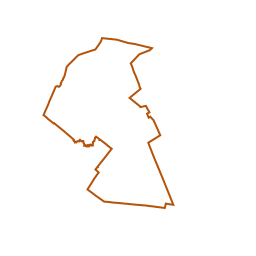 Maureni, Caras-Severin, Romania (Equal Earth projection), rotated 318°
{"feature_id": "2599482B93688021028520", "entity_name": "Maureni", "entity_type": "district", "adm_level": 2, "iso_a3": "ROU", "parent_name": "Romania", "parent_adm1": "Caras-Severin", "projection": "equal_earth", "projection_center": [21.478, 45.422], "detail": "fine", "context": "isolated", "style": "outline", "palette": "amber", "viewbox_px": 256, "rotation_deg": 318, "n_neighbors": 0, "source": "geoboundaries", "source_scale": "gbopen_adm2", "svg_char_len": 4262}
<svg xmlns="http://www.w3.org/2000/svg" viewBox="0 0 256 256"><g transform="rotate(318 128 128)"><path d="M185.1,65.1L178.8,54.9L168.8,43.8L167.8,44.5L165.6,45.6L161.3,46.7L156.3,47.8L155.5,47.5L154.1,46.8L143.0,41.9L139.8,40.6L135.2,40.8L129.8,41.1L126.7,41.2L123.4,41.5L118.0,45.3L114.3,47.6L114.2,47.6L113.8,47.5L113.3,47.6L112.9,47.8L112.3,48.3L112.0,48.5L111.7,48.6L111.3,48.7L110.9,48.7L110.6,48.7L110.3,48.8L109.5,49.2L109.4,49.3L109.1,49.4L108.8,49.5L108.2,49.7L108.0,49.8L107.9,49.9L107.8,50.0L107.6,50.0L107.5,50.3L107.3,50.7L106.8,50.9L106.1,51.1L105.2,51.3L104.8,51.3L104.5,51.3L104.3,51.2L104.2,51.1L104.1,50.8L103.7,50.0L103.7,49.8L103.2,49.6L103.0,49.4L102.6,49.1L102.3,49.0L102.1,49.1L101.7,49.0L101.1,49.2L100.7,49.4L100.4,49.6L95.7,51.8L94.6,52.2L93.4,52.9L90.4,54.2L89.8,54.5L88.9,54.9L87.6,55.4L87.0,55.8L86.6,56.0L84.7,57.0L83.2,57.7L82.5,58.0L80.3,59.0L79.9,59.2L79.2,59.4L75.2,61.3L73.8,61.9L73.9,62.3L74.1,63.3L74.3,64.3L74.3,64.6L74.6,66.1L74.6,66.3L74.5,66.5L74.5,66.8L74.6,67.5L75.8,74.9L76.3,74.9L78.4,88.4L79.4,96.2L79.5,97.1L79.7,98.6L79.9,100.6L79.7,100.8L79.6,100.7L79.4,100.6L79.1,100.9L79.1,101.0L79.0,101.3L79.0,101.5L79.2,101.9L79.3,102.1L79.3,102.3L79.3,102.5L79.2,102.7L79.1,102.8L79.0,103.0L79.3,103.0L79.5,103.0L79.6,103.3L79.6,103.5L79.8,103.6L80.0,103.5L80.3,103.5L80.4,103.8L80.3,104.0L80.5,104.0L80.7,103.9L80.9,103.9L81.0,103.9L81.5,104.0L81.9,104.3L82.1,104.6L82.5,104.7L82.6,104.8L82.6,105.1L82.7,105.3L82.8,105.3L83.4,104.9L83.5,104.8L83.8,104.6L84.4,104.6L84.4,104.8L84.1,105.0L83.9,105.3L83.9,105.5L84.4,105.8L84.5,106.0L84.4,106.2L84.5,106.8L84.6,107.0L84.8,107.2L85.0,107.2L85.2,107.3L85.4,107.4L85.6,107.4L86.1,107.7L86.1,107.9L86.0,108.0L85.5,108.4L85.4,108.5L85.3,108.9L85.3,109.0L85.1,109.4L85.0,109.5L84.8,109.7L84.8,109.8L84.9,110.1L84.9,110.3L84.8,110.5L84.6,110.8L84.4,111.0L84.2,111.3L83.9,111.5L83.7,111.7L84.0,111.8L84.5,111.9L84.8,112.0L85.0,112.4L85.0,112.6L84.9,112.8L84.7,113.1L84.5,113.3L84.6,113.5L84.8,113.6L84.9,113.9L85.0,114.0L85.2,114.4L85.4,114.5L85.5,114.5L85.7,114.4L85.7,114.1L85.8,113.9L86.0,113.7L86.6,113.7L86.8,114.0L86.7,114.3L86.5,114.5L86.4,114.5L86.2,114.8L86.2,115.0L86.3,115.1L86.5,115.5L87.0,115.6L87.3,115.6L87.5,115.4L87.5,114.9L87.6,114.7L87.8,114.6L88.0,114.6L88.1,114.8L88.3,115.1L89.0,115.2L89.1,115.3L89.2,115.5L89.1,116.2L89.3,116.4L89.5,116.5L89.5,116.9L89.5,117.1L89.9,117.3L89.9,117.2L90.2,117.2L90.3,117.2L90.7,116.7L90.8,116.6L91.1,116.4L91.3,116.3L91.4,116.2L91.6,116.0L91.6,115.9L91.7,115.6L91.9,115.5L92.1,115.4L92.4,115.3L92.4,115.2L92.5,115.1L92.7,114.9L93.0,114.9L93.4,115.1L93.5,115.1L93.8,115.0L94.4,115.1L94.5,115.1L94.7,114.9L94.8,114.8L94.8,114.6L95.5,114.2L95.9,114.1L96.3,113.7L96.5,113.6L96.6,113.4L96.8,113.3L96.9,113.2L97.0,113.2L97.4,113.3L97.5,113.3L97.6,113.2L97.8,113.1L98.4,113.0L98.5,113.0L98.7,114.2L99.0,115.5L99.2,117.0L99.5,118.4L99.4,118.4L99.6,118.6L100.2,121.7L101.0,126.1L100.9,126.4L101.5,129.9L102.0,132.5L90.9,134.5L87.9,135.0L86.3,135.3L85.0,135.4L80.9,136.2L79.6,136.4L79.0,136.5L79.0,136.8L78.8,136.7L78.5,136.7L78.3,136.7L78.1,136.7L77.9,136.7L76.8,136.9L76.1,137.0L76.4,141.5L74.7,141.8L73.7,142.0L69.3,143.0L67.8,143.4L67.4,143.5L65.0,144.3L64.2,144.5L62.4,145.0L61.3,145.3L56.8,146.5L56.8,146.9L57.0,147.7L57.8,151.7L58.2,153.7L58.5,155.4L58.7,156.7L59.0,157.8L59.6,160.6L60.0,162.2L60.7,165.3L61.0,166.8L61.3,167.0L65.3,171.3L65.5,171.7L66.9,173.3L70.7,177.3L71.2,177.9L72.2,178.9L72.5,179.2L72.7,179.4L73.3,180.2L73.5,180.4L73.6,180.5L73.9,180.8L74.4,181.4L74.8,181.8L75.6,182.7L75.9,183.0L76.6,183.7L76.8,183.9L78.3,185.6L79.0,186.4L79.2,186.6L80.4,187.9L81.5,189.2L82.3,190.0L86.6,194.6L87.7,195.8L88.8,196.9L89.8,197.9L89.8,198.1L90.8,199.2L92.3,201.1L92.5,201.2L92.7,201.4L101.2,211.3L101.7,211.8L101.8,212.0L103.0,211.3L103.2,211.2L103.8,210.7L105.5,209.5L106.0,210.2L106.6,210.9L107.5,212.0L109.9,214.9L110.3,215.4L116.7,197.9L120.4,187.7L124.1,177.3L127.1,168.7L133.2,152.5L147.1,155.0L149.7,147.1L152.2,139.3L152.1,134.5L150.3,134.2L151.7,130.1L154.4,130.7L156.1,123.5L151.2,120.8L151.4,119.8L149.3,106.7L163.6,107.3L163.9,105.6L165.1,103.6L168.7,94.1L170.0,89.9L172.2,85.2L173.3,81.8L185.6,80.8L189.0,82.0L196.3,84.8L199.2,84.7L189.1,69.9L185.1,65.1Z" fill="none" stroke="#b45309" stroke-width="2"/></g></svg>